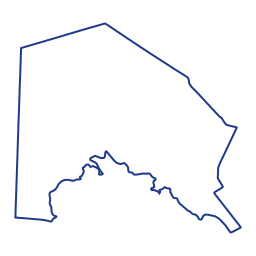 an SVG outline of Karakalpakstan
{"feature_id": "UZB-356", "entity_name": "Karakalpakstan", "entity_type": "Automonous Region", "adm_level": 1, "iso_a3": "UZB", "parent_name": "Uzbekistan", "parent_adm1": "", "projection": "orthographic", "projection_center": [58.854, 43.272], "detail": "fine", "context": "isolated", "style": "outline", "palette": "blue", "viewbox_px": 256, "rotation_deg": 0, "n_neighbors": 0, "source": "natural_earth", "source_scale": "10m", "svg_char_len": 3963}
<svg xmlns="http://www.w3.org/2000/svg" viewBox="0 0 256 256"><path d="M121.6,34.4L123.7,35.9L129.3,39.6L135.4,43.7L141.8,47.9L148.5,52.3L155.1,56.6L161.5,60.7L167.6,64.6L173.1,68.2L178.0,71.3L182.0,73.8L184.9,75.6L187.0,77.0L187.9,77.9L188.5,79.1L188.8,80.2L189.1,82.6L189.4,83.7L191.4,86.8L195.4,90.8L197.2,92.7L199.1,94.6L201.5,97.2L203.5,99.4L205.5,101.5L207.5,103.7L209.5,105.8L211.4,107.9L213.4,110.0L215.3,112.1L217.3,114.2L219.9,117.0L220.6,117.3L221.3,117.5L225.1,123.5L226.9,125.0L236.1,127.2L236.6,127.4L236.6,127.9L236.4,128.4L228.0,146.2L219.9,163.3L218.2,167.7L217.8,177.3L217.8,177.9L217.9,178.3L222.1,185.4L222.8,186.8L222.7,187.1L222.3,187.5L215.1,191.9L214.3,192.6L214.4,193.2L214.7,193.8L230.2,213.7L240.6,227.0L240.6,227.6L232.9,231.7L231.1,232.4L230.6,232.2L230.1,232.0L229.9,231.8L225.5,225.4L219.4,219.0L217.3,217.6L215.7,216.6L214.0,216.0L207.4,214.6L205.5,214.7L204.8,214.8L204.2,215.2L203.7,215.6L203.1,216.3L201.8,219.0L201.2,219.5L200.4,219.6L199.5,219.3L199.3,219.2L198.8,218.9L198.3,217.6L197.9,216.9L196.0,214.9L195.3,214.6L193.3,214.2L192.5,213.9L191.4,213.0L190.1,211.6L189.7,211.4L189.3,211.2L188.4,211.0L180.0,203.8L178.9,202.6L178.0,201.0L177.4,199.2L177.0,198.5L176.4,198.2L174.7,198.1L174.0,198.0L173.4,197.6L172.9,197.0L171.9,195.3L171.5,194.1L170.6,192.7L170.3,192.0L170.3,189.9L170.1,188.9L169.6,188.5L167.9,188.4L166.2,188.0L165.8,187.8L165.1,187.2L164.5,187.3L164.3,187.4L163.7,188.0L162.0,189.3L161.3,189.6L160.3,189.7L159.8,189.8L159.6,190.0L159.5,190.4L159.6,190.6L160.0,191.4L160.1,191.9L159.7,192.9L159.3,193.4L158.5,192.2L157.5,191.3L153.8,190.0L152.0,190.1L151.5,189.9L151.2,189.2L151.2,188.6L151.6,188.2L152.2,188.0L154.2,187.1L154.1,185.3L153.4,183.1L153.7,180.9L154.3,180.5L155.0,180.2L155.5,179.8L155.6,179.0L155.2,178.4L154.4,178.0L152.9,177.4L151.7,176.3L150.7,174.8L149.6,173.7L148.0,173.5L146.5,173.7L143.6,173.5L136.4,174.6L134.6,174.6L133.7,174.3L132.4,172.8L131.6,172.5L129.8,172.4L128.8,171.8L128.4,171.0L128.0,167.5L127.6,166.6L127.1,165.8L125.0,163.6L124.1,163.1L123.3,163.2L122.3,163.6L121.3,163.9L120.3,164.0L118.8,163.7L116.4,162.6L114.1,160.5L106.8,151.8L106.0,151.4L105.4,152.4L104.9,156.3L104.2,157.7L102.8,158.1L101.0,158.0L99.3,157.5L95.6,156.0L94.8,156.0L94.2,156.2L92.4,157.3L91.1,157.8L90.5,158.3L90.1,159.0L90.3,159.9L91.0,160.4L95.2,162.5L96.4,163.4L97.4,165.1L98.3,167.2L100.8,171.4L102.2,173.0L102.6,173.4L102.7,173.8L102.6,174.1L102.2,174.4L100.0,174.7L99.4,174.6L99.0,174.0L99.1,173.2L99.2,172.4L99.4,171.6L99.0,170.0L98.2,168.8L97.0,167.9L93.6,166.3L92.9,166.1L92.3,166.2L91.0,166.8L90.5,166.8L89.9,166.5L89.2,165.3L88.7,164.8L88.0,164.6L87.3,164.6L86.5,164.7L85.9,165.0L85.5,165.4L85.2,166.0L84.3,167.0L83.4,167.4L82.8,167.9L83.0,169.1L83.7,170.7L83.8,171.4L83.5,172.5L82.0,175.6L81.5,176.2L80.2,176.6L79.9,177.2L80.2,177.9L80.6,178.4L80.7,178.9L79.9,179.4L79.3,179.5L76.9,179.4L76.3,179.6L74.4,180.5L72.8,180.8L68.0,179.8L64.7,179.9L61.4,181.4L58.6,184.1L56.7,187.6L55.3,189.5L53.9,190.5L50.6,192.0L49.6,193.3L49.5,195.1L50.2,198.8L50.1,200.5L49.8,202.0L49.7,203.5L50.3,205.1L51.0,206.4L51.4,207.6L51.5,208.9L51.4,210.6L51.6,211.9L52.0,213.1L52.7,214.3L53.4,215.2L53.9,215.5L54.4,215.8L56.1,216.3L56.4,216.5L56.3,216.8L55.9,217.3L55.2,217.8L53.5,218.5L52.8,219.3L51.7,221.3L51.0,221.6L46.8,220.6L43.6,219.9L35.8,219.2L34.6,219.1L27.4,218.5L21.0,218.0L15.4,217.5L15.7,206.9L16.1,196.3L16.4,185.7L16.8,175.2L17.1,164.6L17.5,154.0L17.8,143.4L18.2,132.8L18.5,122.2L18.9,111.6L19.3,101.0L19.6,90.5L20.0,79.9L20.4,69.3L20.7,58.7L21.1,48.1L24.3,47.1L27.4,46.2L30.4,45.3L33.5,44.4L36.6,43.5L39.7,42.6L42.8,41.7L45.2,41.0L45.8,40.8L48.9,39.9L52.0,39.0L55.1,38.1L58.1,37.2L61.2,36.3L64.3,35.3L67.3,34.4L70.4,33.5L74.5,32.3L78.5,31.1L82.6,29.9L86.7,28.7L88.5,28.2L90.4,27.6L92.3,27.1L94.2,26.6L96.1,26.0L98.1,25.5L100.0,24.9L102.0,24.3L104.6,23.6L105.4,23.7L106.2,24.1L108.7,25.8L109.4,26.2L111.4,27.6L114.6,29.7L118.7,32.5L121.6,34.4Z" fill="none" stroke="#1e3a8a" stroke-width="2"/></svg>